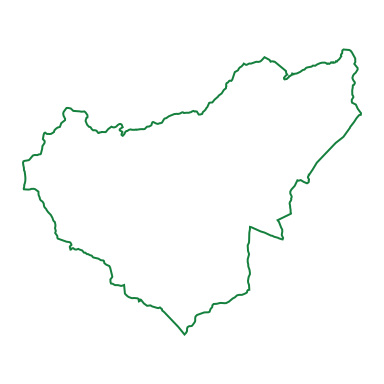 outline of La Mesa, Cundinamarca, Colombia
{"feature_id": "7082276B41572660322682", "entity_name": "La Mesa", "entity_type": "district", "adm_level": 2, "iso_a3": "COL", "parent_name": "Colombia", "parent_adm1": "Cundinamarca", "projection": "mercator", "projection_center": [-74.467, 4.646], "detail": "fine", "context": "isolated", "style": "outline", "palette": "green", "viewbox_px": 384, "rotation_deg": 0, "n_neighbors": 0, "source": "geoboundaries", "source_scale": "gbopen_adm2", "svg_char_len": 5876}
<svg xmlns="http://www.w3.org/2000/svg" viewBox="0 0 384 384"><path d="M353.9,84.9L354.8,83.3L354.8,82.3L353.4,80.4L352.4,78.2L352.6,77.0L353.1,75.6L353.9,74.3L355.7,72.7L357.6,69.6L357.6,68.0L354.3,63.9L355.3,62.1L355.2,58.4L351.9,52.4L350.6,50.7L349.2,50.0L343.5,49.5L342.4,50.4L342.1,53.4L341.1,54.4L340.9,55.4L341.3,56.2L339.2,59.3L337.6,60.5L337.1,61.4L336.0,61.2L335.6,62.2L333.8,62.8L333.4,62.8L333.0,62.2L332.3,62.7L331.2,62.3L330.8,62.9L329.2,63.9L328.1,63.4L327.6,63.9L327.1,63.9L325.8,62.9L324.4,62.6L321.9,62.7L320.0,63.2L317.2,64.4L315.3,65.7L312.9,65.6L311.6,66.6L307.0,67.5L306.0,68.0L304.5,69.6L302.8,70.0L300.2,71.9L296.7,73.5L293.7,73.9L293.6,74.3L293.3,74.3L293.3,73.9L292.2,73.5L291.6,75.2L290.7,75.4L290.0,76.1L289.0,76.3L288.7,77.4L287.8,77.9L286.9,78.9L284.7,79.4L284.1,78.9L284.0,77.8L285.7,75.7L287.2,74.6L286.2,73.0L286.0,71.2L285.7,71.0L285.7,70.8L274.9,61.9L274.3,61.6L273.6,61.7L272.9,61.3L271.6,61.3L270.6,61.7L269.5,59.9L264.5,57.2L261.3,60.7L260.1,61.5L258.6,61.9L256.2,61.8L251.0,63.6L249.3,63.5L246.7,64.8L245.9,64.8L243.8,63.6L243.2,64.6L241.6,66.4L240.0,67.3L238.9,68.5L238.0,70.3L234.8,72.1L232.3,79.6L231.6,80.5L231.2,80.9L230.0,80.6L229.2,80.9L227.9,82.5L226.7,83.1L226.4,83.5L226.1,84.9L226.4,86.2L226.1,86.6L225.9,88.3L223.8,90.0L221.7,93.4L218.7,95.6L218.0,96.7L214.6,99.6L212.4,102.4L209.7,102.7L209.2,102.9L207.2,107.3L206.3,108.1L205.6,109.5L204.2,111.0L203.2,111.7L202.6,112.7L202.2,113.9L200.2,114.5L198.7,114.5L196.9,111.6L195.7,111.3L194.9,111.6L193.5,110.9L192.1,111.4L190.9,112.2L190.0,112.3L188.9,112.8L186.9,112.7L183.9,113.0L182.9,112.3L182.2,112.3L180.0,113.5L177.9,114.0L176.8,113.8L174.2,114.1L168.8,116.3L166.2,118.2L164.9,118.4L164.0,119.2L162.0,122.6L160.6,123.2L160.1,123.1L157.9,123.9L157.3,123.8L156.0,123.4L153.2,122.0L152.5,122.2L151.8,123.6L151.5,125.0L150.7,125.7L149.1,126.5L147.0,126.7L144.7,129.0L143.4,129.2L141.8,129.1L139.4,129.3L136.5,129.8L136.0,129.5L135.1,129.8L132.0,129.8L130.7,129.4L129.0,129.8L127.2,131.0L126.4,131.0L125.4,131.9L124.3,134.1L122.9,135.7L122.6,135.8L121.6,135.0L121.5,134.2L122.4,132.2L122.3,131.8L119.8,130.4L119.6,129.9L120.1,128.9L122.7,127.2L121.6,124.6L120.6,124.0L119.7,124.0L118.9,124.3L117.6,125.2L116.4,126.5L114.7,127.3L113.3,127.4L111.4,126.7L108.2,129.1L105.7,132.1L101.5,132.0L100.9,132.4L100.0,132.3L98.8,133.0L98.2,132.9L96.5,130.7L94.8,130.2L93.1,130.3L91.7,129.1L90.7,127.4L90.1,127.0L89.0,126.8L87.1,124.7L85.6,121.0L85.8,119.8L86.5,117.8L87.4,117.5L87.5,117.1L87.5,115.8L87.3,114.9L85.6,112.5L84.5,111.5L81.3,111.7L79.9,111.4L73.3,110.9L70.8,108.5L68.1,107.9L66.5,108.0L63.7,111.8L63.2,113.3L63.5,115.6L65.1,118.8L65.0,120.2L61.3,123.1L59.9,126.9L57.5,127.6L56.1,128.6L54.5,130.2L53.9,132.1L51.2,133.8L50.0,134.0L46.8,133.9L45.1,132.6L44.2,133.2L43.6,134.9L42.9,139.1L44.6,141.0L44.7,142.1L44.4,143.2L42.4,146.2L42.2,148.6L40.9,153.7L40.5,154.2L38.5,154.5L37.5,155.1L34.7,155.0L32.9,155.5L29.4,159.7L28.6,160.2L24.5,160.9L23.5,161.3L23.0,162.7L23.3,165.1L23.9,167.8L24.0,170.3L24.6,171.3L25.1,174.6L25.4,178.0L25.3,181.1L24.8,183.4L24.3,184.6L24.2,186.6L23.7,188.8L23.9,189.3L28.3,189.6L30.0,189.4L31.3,188.9L33.7,188.8L35.1,189.2L38.4,191.6L38.6,195.0L39.8,197.8L39.8,198.7L40.3,199.7L40.8,200.4L42.5,201.6L43.7,203.5L44.0,205.8L44.5,207.2L46.3,209.2L46.7,210.2L48.1,212.1L50.8,214.9L52.5,218.0L53.1,220.0L53.8,221.2L54.8,222.0L55.4,224.7L55.4,226.5L55.0,228.1L55.8,230.9L55.2,233.0L57.0,235.5L57.3,236.1L57.4,237.9L57.8,238.6L66.5,241.7L69.7,242.2L70.4,242.6L71.4,244.4L71.4,245.0L69.9,246.4L69.8,247.1L70.5,249.6L71.2,249.4L71.8,248.5L72.4,248.2L73.3,248.2L74.6,249.3L76.2,249.6L78.3,248.9L79.4,249.5L82.1,250.4L84.0,252.7L85.3,252.7L87.0,254.1L88.1,254.1L89.8,255.1L91.8,255.7L92.9,257.2L93.5,257.5L98.3,258.6L100.9,260.2L103.4,260.5L103.9,261.0L104.4,263.2L106.3,264.7L109.3,266.0L110.2,267.8L112.3,276.5L112.2,277.1L110.4,279.4L110.5,281.9L111.0,283.5L112.6,283.8L115.0,285.1L118.0,285.1L120.6,285.8L121.6,285.9L124.1,285.0L124.9,293.4L125.2,294.0L127.6,296.3L129.1,297.2L132.0,298.2L134.0,298.0L137.4,298.3L138.5,298.9L138.9,301.4L139.7,301.1L140.4,299.6L141.0,299.8L143.9,303.5L147.1,305.8L150.5,305.4L152.1,306.4L157.5,308.0L158.6,308.1L159.6,307.5L160.3,307.6L160.8,308.3L162.0,309.2L162.2,310.5L164.1,312.0L178.2,326.8L184.5,334.5L186.1,332.8L187.0,331.1L187.1,328.3L187.7,327.0L189.4,326.1L191.0,326.1L192.0,325.8L194.2,322.9L195.0,321.6L195.2,320.6L195.2,318.2L195.5,316.6L197.0,315.0L204.3,312.4L208.3,312.3L209.6,311.7L210.5,309.1L212.2,307.1L212.4,305.3L213.6,304.0L216.8,303.8L220.3,302.9L224.9,303.2L226.1,303.1L229.0,301.6L232.7,298.5L234.8,297.4L237.0,295.4L238.7,294.9L241.8,294.9L244.4,293.9L246.7,292.7L247.1,292.0L247.2,291.0L247.9,290.1L249.3,289.8L249.0,284.8L248.2,282.8L248.0,280.8L248.6,277.1L249.9,274.3L249.9,272.6L249.5,269.8L248.3,266.4L248.2,264.2L247.7,262.0L247.7,259.3L249.1,254.2L248.0,250.8L247.7,245.4L248.9,242.8L249.1,241.4L249.3,232.9L249.9,229.4L250.0,226.9L251.3,227.2L260.6,231.4L264.6,232.6L271.0,235.6L272.4,235.8L274.0,236.7L278.0,237.8L279.1,238.4L282.0,239.3L282.6,239.4L283.1,238.0L281.8,235.2L281.8,234.4L282.3,231.6L282.2,229.5L281.2,227.7L279.0,222.0L277.6,220.2L290.9,213.7L291.0,213.2L290.6,212.3L290.6,209.8L290.2,207.8L290.1,205.9L289.6,203.4L289.9,202.1L290.9,200.6L291.3,199.5L291.1,198.5L291.6,197.4L291.7,196.8L291.4,195.7L290.6,194.3L290.3,193.2L290.3,191.5L291.5,189.4L294.7,185.9L297.4,180.3L298.4,180.7L300.8,180.1L303.7,181.9L307.0,183.3L308.5,182.4L308.8,181.7L308.7,180.4L308.9,180.3L309.0,179.3L307.9,177.5L308.1,176.4L309.0,175.2L308.9,174.7L309.2,174.7L312.7,169.5L316.8,162.7L335.6,143.0L343.4,136.9L349.8,128.0L350.4,126.7L354.0,122.1L356.7,117.9L359.2,115.1L360.8,114.8L361.0,113.2L357.7,108.7L355.9,104.6L352.1,102.7L351.8,101.7L351.8,99.7L353.4,97.2L353.2,96.2L352.3,94.7L352.2,90.3L352.7,87.8L352.8,85.7L353.1,85.1L353.9,84.9Z" fill="none" stroke="#15803d" stroke-width="2"/></svg>